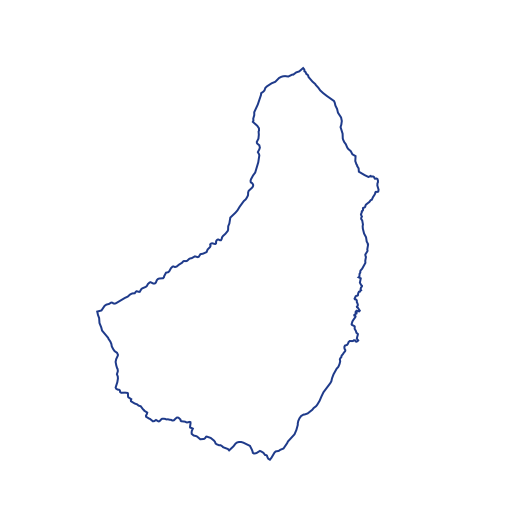 Fatumean, Cova Lima, East Timor, rotated 202°
{"feature_id": "22284137B11881161065747", "entity_name": "Fatumean", "entity_type": "district", "adm_level": 2, "iso_a3": "TLS", "parent_name": "East Timor", "parent_adm1": "Cova Lima", "projection": "natural_earth1", "projection_center": [125.027, -9.247], "detail": "fine", "context": "isolated", "style": "outline", "palette": "blue", "viewbox_px": 512, "rotation_deg": 202, "n_neighbors": 0, "source": "geoboundaries", "source_scale": "gbopen_adm2", "svg_char_len": 6044}
<svg xmlns="http://www.w3.org/2000/svg" viewBox="0 0 512 512"><g transform="rotate(202 256 256)"><path d="M382.4,145.0L380.4,142.1L378.2,139.7L376.0,135.2L372.8,131.9L370.8,129.2L362.4,124.7L361.8,124.0L359.0,122.1L357.2,120.3L355.8,118.1L353.3,116.0L351.4,114.8L348.6,114.2L347.0,112.7L346.8,111.9L347.0,108.0L346.5,105.2L344.5,102.1L342.8,100.0L342.2,99.6L341.3,98.2L340.9,97.2L340.7,94.3L339.0,92.5L338.1,90.6L337.3,87.0L336.9,81.5L336.0,80.6L334.2,80.3L332.9,80.7L331.9,80.4L330.9,78.9L329.7,78.7L326.1,80.3L323.8,80.9L323.3,80.7L322.1,78.0L321.5,77.2L318.0,76.5L318.0,75.4L317.5,74.5L313.3,73.8L310.5,73.9L308.9,73.3L306.6,73.5L303.1,71.4L302.2,71.2L301.7,70.7L298.2,70.1L298.0,68.8L298.2,66.7L297.7,65.8L294.2,65.2L293.1,65.2L289.7,64.1L288.5,64.8L287.3,66.5L284.5,66.1L283.9,66.4L283.4,67.1L282.6,69.2L282.2,69.8L281.3,70.3L279.4,70.9L277.9,70.9L276.5,71.6L274.4,71.9L273.3,72.3L272.3,72.1L271.5,72.3L270.5,73.0L269.8,74.8L268.9,76.5L267.9,77.0L266.9,76.9L264.8,76.1L264.1,75.0L263.4,74.8L259.8,75.8L258.1,75.7L257.0,76.1L255.7,77.2L254.6,77.4L254.1,76.6L253.1,72.6L252.6,72.2L251.5,72.4L249.9,72.3L250.0,69.9L249.7,68.5L249.0,67.0L246.6,66.2L243.9,66.6L242.9,66.5L239.0,65.2L235.7,66.9L234.9,68.1L234.6,69.7L234.1,70.1L230.6,70.3L229.7,70.3L225.8,69.1L224.4,68.3L223.2,67.0L222.0,66.7L219.3,66.7L218.0,67.3L215.6,66.8L215.0,66.4L209.7,66.5L208.1,65.7L205.6,71.1L204.7,74.4L203.7,76.0L202.1,77.2L200.0,78.0L197.8,78.2L190.5,77.7L187.3,74.9L186.0,73.5L185.2,72.3L183.9,72.1L182.8,72.7L181.7,73.5L179.4,76.7L177.8,76.7L175.4,76.3L173.1,74.9L171.7,75.2L171.1,75.0L169.7,73.4L168.6,72.6L166.8,72.3L166.1,74.7L165.2,80.7L164.5,82.2L161.9,83.8L160.9,85.4L158.4,87.8L157.0,94.2L156.9,96.0L153.5,105.1L153.4,109.8L154.0,115.1L154.5,116.2L155.0,118.8L154.9,121.8L154.2,124.6L152.5,126.8L151.6,127.2L149.1,129.4L146.2,134.5L145.6,136.6L144.0,139.3L143.5,141.1L142.8,145.5L142.7,150.4L142.4,155.0L139.5,165.9L139.2,168.0L139.7,171.2L139.8,175.3L139.0,181.8L138.2,183.8L138.1,185.1L138.1,187.3L138.5,189.9L139.6,191.7L139.4,193.4L139.0,194.0L139.3,195.8L138.7,197.3L138.3,199.4L137.7,201.1L137.9,202.2L139.2,203.2L140.0,204.7L140.0,206.2L138.2,207.8L137.9,209.1L137.9,211.0L137.2,212.3L134.3,213.4L133.6,214.6L132.5,214.9L131.6,214.1L130.7,214.2L130.0,215.0L129.6,216.0L131.5,217.1L131.8,218.4L132.1,221.3L132.4,221.9L134.1,222.4L135.3,223.9L137.3,225.5L138.0,227.5L138.4,227.8L141.4,228.1L141.8,228.5L142.1,231.4L141.8,233.3L141.0,236.5L141.1,237.4L141.5,237.7L142.5,237.6L142.8,238.0L142.1,239.5L141.3,240.3L141.4,240.9L142.2,240.8L142.6,241.1L142.7,241.6L142.3,242.9L139.6,243.3L139.3,244.2L142.2,246.2L143.1,246.3L143.5,246.8L143.1,247.8L143.2,248.8L144.3,250.2L145.1,250.8L145.9,252.5L146.7,253.1L148.0,252.9L148.6,253.3L148.5,256.0L148.0,256.7L147.0,257.3L146.8,257.9L147.3,259.7L147.2,261.4L146.3,261.9L146.3,262.7L145.7,263.6L146.6,264.3L146.8,266.1L146.4,267.5L146.6,268.1L147.7,268.5L149.7,270.2L150.5,274.5L152.9,274.7L152.4,275.6L153.3,278.2L153.1,279.7L153.6,281.0L153.6,281.7L152.8,284.0L152.0,290.6L152.9,292.5L153.7,296.3L154.6,297.2L155.2,298.3L154.5,302.2L154.6,302.8L155.3,303.8L156.3,308.4L156.7,308.7L156.7,309.1L158.8,310.9L161.0,314.6L164.2,317.3L167.2,321.4L168.3,323.6L168.6,325.2L170.8,328.7L172.3,329.7L172.7,330.5L172.6,332.3L173.6,333.0L173.8,333.5L174.3,334.0L174.3,336.4L174.6,336.8L174.6,337.3L174.1,338.0L174.0,338.9L174.6,340.0L174.7,340.7L173.5,341.7L173.2,342.5L173.4,344.0L173.3,344.8L171.5,348.0L171.2,348.3L170.6,350.7L169.7,351.6L169.6,354.3L169.0,357.4L168.9,358.8L169.2,359.6L169.0,360.3L167.1,361.1L166.8,361.6L167.2,363.4L169.9,366.8L170.6,368.8L170.6,370.2L171.2,371.6L172.3,372.9L173.3,373.0L174.6,372.2L175.2,372.5L176.1,373.4L177.2,373.6L179.1,372.8L179.7,373.2L181.3,371.4L185.7,371.7L192.2,372.7L193.7,375.7L195.9,377.3L196.2,378.0L197.1,378.5L199.5,381.2L201.1,385.9L204.7,386.4L207.4,388.7L210.6,389.8L212.0,390.7L214.6,393.3L216.9,394.7L218.8,396.5L219.6,397.5L221.5,401.8L225.9,407.2L226.1,409.7L227.0,413.3L229.0,416.3L233.7,419.6L235.9,422.7L238.7,425.2L240.4,427.6L241.7,428.9L250.2,430.9L254.8,432.2L258.5,433.6L261.3,435.4L264.7,437.0L265.4,437.6L269.1,438.9L274.3,441.6L275.4,443.0L276.5,443.5L277.3,443.5L279.1,445.2L280.3,445.4L280.8,446.6L281.4,447.2L282.7,447.9L285.1,443.3L287.5,441.3L289.4,438.1L290.3,437.8L293.3,434.5L296.4,433.7L298.3,432.7L299.8,431.5L301.3,429.7L303.4,424.7L306.2,422.0L309.4,417.4L310.3,415.4L310.2,412.6L310.8,411.1L312.2,408.9L311.7,407.2L311.1,397.1L311.5,388.7L310.4,386.0L310.0,382.3L309.1,380.5L309.2,379.2L303.6,377.2L301.1,375.5L300.2,373.4L300.2,372.3L298.8,369.5L297.7,365.7L298.0,362.1L297.5,361.1L296.7,360.6L294.4,359.9L293.0,357.9L292.9,356.0L293.2,353.0L291.3,351.5L290.6,350.5L289.0,343.7L288.0,333.1L288.9,329.6L289.4,325.2L289.2,323.6L288.4,322.3L286.9,322.1L285.5,321.2L285.0,320.2L284.9,319.1L285.3,317.7L287.2,313.7L287.1,312.0L286.2,309.5L286.2,308.2L286.5,305.8L286.8,304.5L287.8,302.6L288.2,301.2L289.6,295.6L290.3,291.3L291.3,288.4L294.2,282.0L292.9,276.2L292.9,273.2L291.7,269.9L291.6,268.7L292.7,265.1L294.1,262.2L294.5,260.5L294.2,259.2L294.4,257.5L295.3,257.1L297.1,257.2L297.8,256.8L298.3,255.9L298.5,254.7L297.8,252.8L298.1,252.0L298.9,251.7L301.3,251.4L302.1,250.9L302.7,250.1L302.7,249.2L302.1,248.7L301.9,247.9L302.0,247.0L303.3,243.9L303.3,241.1L306.0,238.3L308.2,236.9L308.8,233.8L309.6,233.1L312.5,232.8L314.8,229.9L316.1,229.1L316.9,228.2L318.0,225.8L318.8,225.1L321.0,224.3L321.6,223.5L322.0,222.1L324.2,219.1L325.6,216.5L327.0,215.4L328.7,215.4L329.4,214.9L330.3,212.8L330.7,209.4L331.3,208.1L333.2,206.8L333.6,202.8L333.4,202.0L333.8,200.6L337.4,198.8L338.4,197.8L338.9,196.4L338.9,194.0L339.2,193.0L340.2,192.2L341.1,192.0L344.0,192.2L344.7,191.6L345.7,189.6L346.0,187.2L346.7,186.0L349.3,183.4L349.9,182.4L350.4,179.2L351.1,178.9L353.5,178.6L354.0,177.9L354.5,176.0L356.6,175.0L357.5,174.1L358.4,173.0L359.7,170.3L361.8,168.1L368.1,159.8L369.0,159.0L369.8,158.7L370.6,158.6L371.5,158.9L372.8,158.6L374.3,156.5L376.5,154.9L377.7,153.1L378.9,147.6L382.4,145.0Z" fill="none" stroke="#1e3a8a" stroke-width="2"/></g></svg>